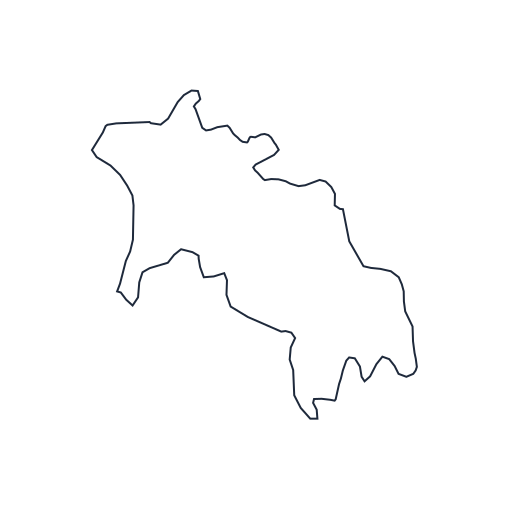 the Province of Sanguié, rotated 121°
{"feature_id": "BFA-2819", "entity_name": "Sanguié", "entity_type": "Province", "adm_level": 1, "iso_a3": "BFA", "parent_name": "Burkina Faso", "parent_adm1": "", "projection": "albers", "projection_center": [-2.62, 12.212], "detail": "fine", "context": "isolated", "style": "outline", "palette": "slate", "viewbox_px": 512, "rotation_deg": 121, "n_neighbors": 0, "source": "natural_earth", "source_scale": "10m", "svg_char_len": 1902}
<svg xmlns="http://www.w3.org/2000/svg" viewBox="0 0 512 512"><g transform="rotate(121 256 256)"><path d="M158.2,322.4L156.8,322.2L156.2,321.3L154.7,317.8L149.3,314.3L147.0,311.5L146.0,307.7L146.7,304.0L149.7,298.2L150.3,296.4L153.3,291.2L160.1,292.6L177.8,303.4L181.5,304.0L183.1,300.9L183.8,297.4L186.3,289.5L186.4,287.5L182.2,282.6L178.7,276.2L176.6,269.0L176.4,264.1L174.2,255.5L170.0,250.2L158.0,240.6L156.3,234.7L158.1,227.0L162.1,220.3L172.1,214.6L172.4,208.3L171.1,205.6L195.4,183.6L209.4,158.6L207.0,151.3L203.0,142.8L199.6,132.5L200.7,122.7L205.2,116.4L210.2,111.2L218.8,105.8L226.6,99.6L235.8,85.5L248.2,77.5L257.4,70.2L261.8,66.1L268.2,61.0L271.9,60.2L276.0,60.5L282.1,64.9L283.6,73.1L278.9,80.5L275.8,88.7L277.2,95.8L286.7,97.1L300.4,96.2L307.5,98.4L305.1,103.3L297.2,110.0L292.8,118.6L295.0,123.9L299.2,124.7L309.4,122.6L317.4,120.1L322.8,118.9L337.8,113.9L339.5,114.1L341.0,118.3L344.6,126.2L348.7,132.6L352.5,131.4L356.5,124.8L363.8,119.6L367.5,125.7L363.2,139.4L355.7,151.5L334.6,165.4L327.4,173.8L316.5,179.1L306.2,180.2L303.5,186.2L305.1,192.0L307.8,195.4L312.5,231.6L312.4,251.7L304.5,261.3L291.7,268.4L287.1,274.4L295.3,281.7L301.1,289.8L294.3,298.2L287.9,303.7L285.3,305.4L285.4,312.4L288.8,323.7L297.2,326.8L307.2,328.1L321.2,340.9L328.4,344.9L338.7,342.5L352.2,335.8L362.0,336.3L360.3,344.8L356.9,353.1L357.9,356.8L349.7,358.3L327.3,365.0L317.0,366.2L305.4,369.9L275.7,387.0L267.8,393.1L262.0,402.7L256.5,414.2L253.4,427.3L253.3,443.5L249.7,451.2L229.0,450.9L222.1,451.8L220.1,451.0L214.3,444.1L196.0,416.3L196.3,414.5L192.5,405.4L183.5,402.1L164.4,402.4L155.2,400.7L147.4,396.5L144.5,390.8L150.2,384.6L152.7,384.9L156.4,386.1L159.8,386.3L161.3,383.4L173.8,368.1L174.1,363.5L170.9,359.7L165.5,355.5L159.0,347.7L159.7,344.6L162.7,338.8L163.3,336.6L163.9,332.7L164.8,329.5L165.0,326.3L163.3,322.2L162.2,321.9L158.2,322.4Z" fill="none" stroke="#1e293b" stroke-width="2"/></g></svg>